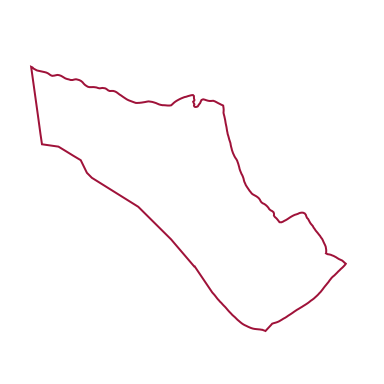 the district of Harib, Ma'rib, Yemen, rotated 261°
{"feature_id": "15242507B38885789134427", "entity_name": "Harib", "entity_type": "district", "adm_level": 2, "iso_a3": "YEM", "parent_name": "Yemen", "parent_adm1": "Ma'rib", "projection": "mercator", "projection_center": [45.379, 14.919], "detail": "fine", "context": "isolated", "style": "outline", "palette": "rose", "viewbox_px": 384, "rotation_deg": 261, "n_neighbors": 0, "source": "geoboundaries", "source_scale": "gbopen_adm2", "svg_char_len": 4744}
<svg xmlns="http://www.w3.org/2000/svg" viewBox="0 0 384 384"><g transform="rotate(261 192 192)"><path d="M340.8,52.7L291.7,51.8L273.1,51.4L262.6,51.3L257.7,67.2L252.0,73.9L246.5,80.3L241.4,86.4L240.8,87.1L227.4,91.2L221.7,95.3L193.2,128.1L185.8,136.6L148.4,164.0L144.6,166.3L118.0,182.6L118.1,183.0L89.6,196.3L88.2,197.2L86.8,198.1L85.2,199.0L83.7,199.8L82.1,200.7L80.8,201.6L79.3,202.5L77.9,203.6L76.3,204.6L74.7,205.7L73.2,206.8L71.6,207.8L70.1,208.7L69.3,209.2L68.5,209.7L67.2,210.6L65.8,211.6L64.4,212.5L62.8,213.8L61.5,214.9L60.1,215.9L58.6,217.0L57.0,218.4L55.7,219.5L54.3,220.8L53.2,222.0L52.2,223.3L51.2,224.8L50.2,226.2L49.3,227.6L48.4,229.1L48.2,229.5L47.6,230.7L47.0,232.3L46.5,234.1L46.0,236.0L45.6,237.6L45.0,239.4L45.0,239.7L43.2,242.8L48.3,249.3L49.4,250.6L49.7,252.5L49.9,254.3L50.2,256.1L50.7,257.9L51.3,259.4L51.9,260.9L52.6,262.5L53.2,264.3L53.9,265.9L54.7,267.5L55.4,269.1L56.2,270.9L56.9,272.4L57.8,274.2L58.5,275.7L59.2,277.2L59.8,278.8L60.5,280.5L60.8,281.2L61.3,282.5L62.1,284.3L62.8,286.0L63.5,287.6L64.2,289.1L65.0,290.6L66.0,292.3L66.8,294.0L67.7,295.7L68.7,297.2L69.8,298.9L71.0,300.6L72.1,301.9L73.1,303.3L74.2,304.5L75.4,305.8L76.7,307.1L78.1,308.6L79.4,310.1L80.5,311.3L81.7,312.7L83.0,313.9L84.1,315.1L85.4,316.5L86.4,317.9L87.3,319.5L88.6,321.3L89.6,322.7L90.7,324.1L91.6,325.5L92.6,326.8L93.6,328.4L94.5,329.7L95.5,331.0L96.6,332.3L97.1,332.7L98.2,331.7L99.5,330.7L100.8,329.6L101.8,328.1L102.8,326.6L104.0,325.2L105.1,324.0L105.5,323.4L106.1,322.7L106.5,322.1L107.1,321.2L107.4,320.6L108.3,319.2L108.9,317.7L109.4,316.1L110.4,314.8L110.5,314.9L112.1,315.2L113.6,315.5L115.3,315.5L117.1,315.5L118.8,315.1L120.4,314.6L122.1,314.1L123.7,313.7L125.3,313.2L126.9,312.3L128.6,311.6L130.1,310.7L131.6,309.9L133.1,309.0L134.6,308.1L136.2,307.4L137.9,306.5L139.5,306.0L140.9,305.1L142.4,304.2L143.9,303.6L145.6,303.0L147.1,302.5L148.5,301.5L150.1,301.1L151.8,300.8L153.3,299.9L154.2,298.4L154.5,296.7L154.4,294.9L153.9,293.3L153.6,291.7L153.4,290.1L152.9,288.3L152.3,286.6L151.7,285.1L151.0,283.6L150.3,282.1L149.6,280.4L149.0,278.5L148.4,277.0L148.1,275.4L148.5,273.7L150.0,272.9L151.6,272.0L151.8,271.9L153.0,271.1L153.8,270.4L154.4,269.9L155.9,269.2L157.5,269.6L159.2,269.4L160.6,268.2L161.6,266.8L163.0,265.6L164.5,265.0L166.1,264.0L167.6,262.8L168.8,261.6L169.6,260.4L169.7,260.2L170.9,259.0L172.3,258.3L173.9,257.8L175.4,257.0L176.8,255.8L177.9,254.6L178.9,253.3L179.9,252.0L181.1,250.8L182.6,250.0L184.1,249.1L185.8,248.3L187.3,247.6L188.8,246.9L190.5,246.2L192.2,245.8L193.9,245.3L195.5,245.1L197.2,245.0L198.9,244.7L200.6,244.3L202.2,243.7L203.9,243.3L205.6,242.9L207.4,242.6L209.1,242.5L210.8,242.3L212.5,242.1L214.2,241.8L214.6,241.7L215.8,241.5L217.3,241.0L218.7,240.3L220.4,239.6L222.2,239.1L223.9,238.6L225.6,238.3L227.3,238.0L228.9,237.9L230.6,237.7L232.4,237.6L234.3,237.6L236.2,237.3L238.0,237.0L240.0,236.8L241.8,236.6L243.7,236.3L245.4,236.3L246.7,236.2L246.9,236.2L247.1,236.2L247.4,236.2L249.0,236.2L250.8,236.2L252.8,236.1L254.6,236.0L256.4,236.0L258.0,236.0L259.7,235.9L261.7,235.8L263.5,235.6L265.3,235.5L267.0,235.9L268.6,236.2L270.3,236.3L271.9,236.3L272.5,236.3L272.8,235.9L273.7,234.5L274.8,233.0L275.8,231.6L276.9,230.2L278.0,228.7L278.8,227.2L278.9,225.5L279.1,223.8L279.6,222.2L280.4,220.5L281.2,219.0L281.8,217.5L281.4,215.8L280.0,214.8L278.5,213.9L277.4,212.6L276.0,211.4L275.7,211.1L275.4,210.1L275.4,208.9L275.8,207.9L276.3,207.6L276.9,207.5L277.4,207.5L278.3,208.1L279.2,207.8L280.3,207.4L281.1,207.3L281.6,208.1L281.7,208.4L282.2,208.7L282.5,208.8L283.8,208.6L284.2,208.6L285.0,208.7L286.5,208.9L287.6,208.1L287.7,206.4L287.5,204.6L287.3,202.9L287.0,201.2L286.9,199.4L286.5,197.6L286.1,195.9L285.6,194.2L285.0,192.5L284.4,190.9L283.7,189.4L282.9,188.0L281.8,186.4L280.9,185.0L280.9,183.3L281.2,181.6L281.6,180.0L282.0,178.4L282.3,176.6L282.9,174.9L283.6,173.3L284.6,171.7L285.5,170.3L286.5,168.3L287.2,166.8L287.8,164.9L288.3,163.3L288.3,161.5L288.2,159.6L288.2,157.7L288.2,156.0L288.3,154.2L288.3,153.8L288.5,152.2L288.8,150.4L289.6,148.9L290.5,147.3L291.4,145.7L292.3,144.1L293.3,142.6L294.5,141.2L295.8,139.8L297.1,138.4L298.5,137.0L299.6,135.7L301.1,134.3L302.4,133.0L303.4,131.6L304.1,130.1L304.4,128.5L304.6,126.6L305.4,125.2L306.6,124.1L307.8,122.8L308.3,121.5L308.8,119.7L308.8,117.1L309.3,115.7L310.2,114.0L310.7,112.4L311.1,110.8L311.3,109.0L311.6,107.1L312.3,105.5L313.5,104.1L314.7,102.9L316.1,101.9L317.5,101.1L318.9,99.9L320.1,98.3L320.8,96.8L321.5,95.1L321.5,93.3L321.3,91.5L321.6,89.7L322.5,87.9L323.1,86.4L324.0,84.7L325.1,83.4L326.3,82.0L327.3,80.7L328.2,79.0L328.7,77.3L328.6,75.7L328.5,74.0L328.6,72.1L329.5,70.6L330.8,69.3L331.9,68.1L332.8,66.7L333.5,65.1L336.3,57.9L338.6,54.9L340.0,53.9L340.8,52.7Z" fill="none" stroke="#9f1239" stroke-width="2"/></g></svg>